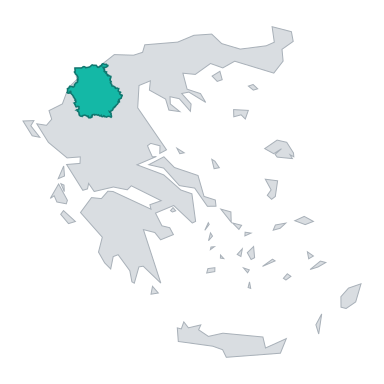 Dytikis Makedonias, Dytiki Makedonia, Greece (highlighted)
{"feature_id": "26713481B79624114853188", "entity_name": "Dytikis Makedonias", "entity_type": "district", "adm_level": 2, "iso_a3": "GRC", "parent_name": "Greece", "parent_adm1": "Dytiki Makedonia", "projection": "natural_earth1", "projection_center": [21.387, 40.387], "detail": "fine", "context": "in_parent", "style": "filled", "palette": "teal", "viewbox_px": 384, "rotation_deg": 0, "n_neighbors": 0, "source": "geoboundaries", "source_scale": "gbopen_adm2", "svg_char_len": 8651}
<svg xmlns="http://www.w3.org/2000/svg" viewBox="0 0 384 384"><path d="M272.1,26.7L291.4,31.7L293.2,41.4L282.0,49.3L283.1,61.1L273.8,73.1L234.7,61.2L222.8,67.9L210.5,63.5L195.3,74.4L182.9,73.2L187.1,89.2L200.5,93.6L205.7,102.4L188.9,92.1L181.7,93.5L191.1,104.0L190.4,111.3L179.3,98.7L170.0,96.7L170.3,104.0L179.8,111.6L168.9,110.1L165.6,99.1L149.4,90.1L150.4,80.8L139.0,85.5L137.7,107.8L166.5,149.8L159.8,153.4L160.0,145.8L150.7,143.4L147.5,145.7L149.3,150.1L152.4,156.9L156.4,156.5L137.0,164.8L163.8,174.9L180.8,190.0L191.9,193.8L195.6,221.4L192.3,223.0L173.7,205.5L155.5,213.1L161.9,225.8L169.7,227.7L173.4,234.6L160.6,239.8L154.8,232.5L143.4,229.6L160.8,283.1L143.2,266.2L138.9,266.9L134.3,283.2L131.9,281.8L129.8,270.7L118.1,254.7L113.2,256.6L110.7,269.0L104.6,262.8L98.5,252.1L102.3,237.2L80.5,212.5L91.5,197.6L101.4,198.6L107.9,191.2L113.0,191.5L151.0,209.2L149.9,204.7L161.2,200.7L131.3,185.8L127.3,189.8L113.4,187.0L94.2,191.5L88.6,183.4L87.5,188.9L82.8,190.3L66.6,164.5L80.0,163.4L80.3,156.9L67.1,157.9L48.4,142.4L36.8,123.8L46.5,125.3L51.7,119.2L49.0,110.6L62.4,103.9L68.3,87.9L77.0,79.3L74.4,68.2L98.1,67.3L114.3,54.6L133.6,55.2L142.6,52.3L144.8,44.8L177.7,42.1L193.9,35.3L211.7,34.1L221.7,43.6L240.2,49.1L266.2,45.8L274.3,42.2L272.1,26.7ZM188.4,327.8L200.8,324.9L198.6,329.8L208.4,336.4L222.9,333.2L262.9,337.0L265.5,348.0L286.3,338.6L280.4,353.2L226.3,357.3L222.6,349.7L212.8,346.2L178.3,341.5L177.3,327.9L181.3,328.9L183.8,321.9L188.4,327.8ZM163.9,156.8L174.4,167.5L198.0,175.5L204.0,196.4L215.3,200.0L216.0,206.2L207.4,206.3L194.7,188.1L179.4,185.6L163.7,168.1L148.8,164.7L163.9,156.8ZM286.7,142.3L293.5,153.0L293.8,156.8L290.0,154.7L292.4,158.6L277.2,157.1L275.1,154.4L281.5,148.7L273.7,153.7L264.7,148.6L277.1,140.1L286.7,142.3ZM346.1,308.5L341.0,307.2L340.9,296.7L348.5,288.1L361.0,283.8L355.7,301.9L346.1,308.5ZM275.3,196.5L271.6,199.3L267.3,195.3L271.1,189.9L265.3,179.2L277.6,180.8L275.3,196.5ZM58.6,184.0L67.4,200.3L66.3,203.8L56.9,202.0L54.2,195.8L50.3,198.4L58.6,184.0ZM39.8,137.3L32.2,135.8L23.0,121.0L33.9,120.6L30.8,125.8L39.8,137.3ZM248.3,110.4L245.3,119.0L241.1,114.8L233.8,116.8L233.6,109.6L248.3,110.4ZM304.2,216.4L313.4,221.4L305.2,224.6L294.8,220.7L304.2,216.4ZM222.2,79.7L217.2,81.4L212.1,76.1L219.9,71.3L222.2,79.7ZM63.5,210.6L75.4,221.5L68.5,223.6L60.7,214.3L63.5,210.6ZM254.6,257.7L251.1,259.5L247.3,252.7L253.6,246.5L254.6,257.7ZM230.9,211.9L231.2,222.2L220.8,209.1L230.9,211.9ZM321.7,313.9L318.7,334.0L315.9,324.8L321.7,313.9ZM64.5,176.0L58.2,178.7L63.7,166.0L64.5,176.0ZM158.3,293.0L151.0,294.2L152.5,286.3L158.3,293.0ZM310.1,269.5L320.4,261.1L325.8,262.5L318.0,267.0L310.1,269.5ZM273.2,230.2L275.4,225.0L285.8,223.1L280.1,228.3L273.2,230.2ZM242.3,248.8L240.9,256.5L237.2,254.4L242.3,248.8ZM241.6,225.3L238.9,229.4L232.6,223.0L241.6,225.3ZM219.3,167.7L214.1,168.7L211.8,159.3L214.9,161.2L219.3,167.7ZM257.7,88.8L253.3,90.1L248.4,86.1L253.1,84.5L257.7,88.8ZM214.9,267.7L214.8,271.6L206.7,273.0L207.9,268.6L214.9,267.7ZM275.1,260.9L262.5,266.4L272.5,259.2L275.1,260.9ZM209.2,224.4L204.8,230.3L208.3,222.7L209.2,224.4ZM251.0,233.1L244.9,235.9L245.1,232.2L251.0,233.1ZM290.9,276.4L285.9,280.0L283.4,278.3L287.3,273.8L290.9,276.4ZM313.4,256.0L308.7,258.8L307.4,251.8L313.4,256.0ZM212.5,236.1L208.5,240.7L210.5,232.9L212.5,236.1ZM64.0,185.1L64.3,191.6L60.9,183.7L64.0,185.1ZM249.3,269.9L247.6,272.8L243.5,267.9L249.3,269.9ZM184.2,152.8L179.8,153.7L176.9,148.2L184.2,152.8ZM175.7,210.8L172.4,212.0L170.5,210.6L173.0,207.6L175.7,210.8ZM214.4,246.7L210.4,249.6L211.0,247.0L214.4,246.7ZM249.5,281.9L250.7,288.4L248.1,287.5L249.5,281.9ZM223.8,258.6L220.4,258.1L220.5,255.0L223.8,258.6Z" fill="#d9dde1" stroke="#a8b0b8" stroke-width="1"/><path d="M106.3,64.3L106.2,64.4L105.9,64.3L105.2,64.5L104.7,64.3L104.3,64.3L103.9,64.1L103.7,64.0L103.1,63.7L102.4,63.9L102.2,64.1L102.0,64.3L101.8,64.5L101.6,65.0L101.8,65.4L101.8,65.7L101.8,65.9L101.3,65.8L101.1,65.7L100.8,65.8L100.4,65.9L100.4,66.0L100.2,66.4L99.9,66.4L99.6,66.6L99.4,66.8L99.2,66.8L99.0,67.2L98.9,67.3L98.6,67.3L98.0,67.4L97.9,67.4L97.7,67.3L97.7,67.2L97.6,66.9L97.2,66.7L96.9,66.2L96.6,65.9L96.4,65.5L96.2,65.3L95.9,65.4L94.8,65.2L93.8,65.5L92.9,65.0L92.3,64.9L91.9,65.0L90.0,66.7L89.6,66.9L89.1,67.1L88.7,67.2L88.3,67.2L87.9,67.4L86.9,67.5L86.5,67.5L86.2,67.6L85.9,67.8L85.6,67.6L85.4,67.4L85.3,67.2L85.2,67.1L84.9,66.9L84.7,66.8L84.1,66.6L83.9,66.6L83.7,66.6L83.5,66.8L83.3,66.9L82.7,67.0L82.4,67.4L81.7,67.9L81.3,68.0L80.4,68.0L75.0,68.0L75.2,70.7L75.2,71.0L75.0,71.5L74.9,71.6L74.4,72.0L74.8,72.5L75.1,72.5L75.2,72.9L75.2,73.2L75.2,73.5L75.3,73.8L76.2,74.4L76.8,75.1L77.3,75.8L77.6,76.6L77.9,77.0L78.0,77.1L77.8,78.5L77.9,78.8L77.9,79.1L78.0,79.6L77.8,79.6L77.5,79.7L77.7,80.3L77.6,80.6L77.3,80.8L77.6,81.5L77.6,81.9L77.4,82.0L77.4,82.3L77.1,82.6L76.9,82.6L76.7,82.5L76.1,82.7L76.0,82.9L75.8,83.1L75.7,83.3L75.7,83.6L75.4,83.8L74.9,84.1L74.6,84.3L74.4,84.8L74.4,85.0L74.6,85.3L74.6,85.8L74.4,85.9L74.2,86.0L74.1,86.3L73.9,86.8L73.7,86.9L73.0,87.1L72.9,87.1L72.6,86.8L72.4,86.6L72.2,86.4L71.8,86.5L71.1,86.5L70.8,86.7L70.5,86.6L70.4,86.5L70.3,86.4L70.1,86.3L69.8,86.2L69.7,86.3L69.4,86.7L69.3,87.0L69.2,87.4L69.1,87.7L68.9,88.1L68.7,88.2L68.2,88.3L67.8,88.5L67.5,88.7L67.5,88.8L67.4,88.9L67.5,89.0L67.7,89.5L67.5,90.1L67.6,90.5L67.7,90.8L67.7,91.0L67.6,91.3L67.7,91.9L67.6,92.0L67.4,92.2L67.1,92.5L67.6,93.0L68.6,93.2L69.7,93.0L69.8,92.0L70.1,91.7L70.2,91.3L70.7,91.3L70.9,92.2L70.9,93.4L71.8,94.3L72.6,95.1L72.9,95.7L73.4,96.2L73.4,96.9L74.1,97.4L74.5,98.7L75.1,99.0L75.4,99.4L75.4,99.7L75.0,100.2L75.2,100.3L75.6,100.2L75.7,100.3L75.7,101.4L75.9,101.6L75.9,102.1L74.8,102.6L74.5,103.0L74.1,103.1L74.7,103.7L74.7,104.2L75.3,104.7L75.4,105.1L75.3,105.5L75.7,106.0L75.7,106.3L76.0,106.6L76.1,106.9L77.1,106.8L77.8,106.3L78.6,106.5L79.1,106.9L78.8,108.0L78.8,108.6L79.0,108.8L78.8,109.0L78.4,109.7L78.2,109.9L78.0,110.0L77.7,109.9L77.4,109.6L77.1,109.5L76.6,109.9L76.9,109.9L76.8,110.1L77.1,110.2L77.5,110.6L77.6,110.9L77.5,111.2L77.7,111.3L78.1,111.7L78.5,111.8L78.7,112.1L79.0,112.7L78.9,113.3L79.3,114.0L79.1,114.4L79.5,114.8L79.6,115.3L79.5,115.5L80.8,116.2L81.0,116.1L81.4,116.1L82.1,116.5L82.8,115.5L83.4,115.6L83.8,115.4L84.1,115.1L84.5,115.1L85.1,115.2L85.5,115.3L85.8,115.6L86.4,115.6L87.3,116.5L87.7,116.4L88.1,116.0L88.3,116.1L88.3,117.1L88.8,117.8L89.0,117.9L89.7,117.5L90.0,117.4L90.2,117.5L90.3,117.8L90.7,117.8L90.8,117.7L90.9,117.2L91.4,117.3L92.1,116.9L91.9,116.5L92.2,115.8L91.8,115.8L91.7,115.7L91.9,115.4L92.3,115.1L92.4,114.7L92.6,114.7L93.0,114.8L93.2,114.6L93.7,114.5L94.2,114.4L94.4,114.7L94.6,115.0L95.0,114.7L95.7,114.8L96.1,114.5L96.5,114.7L97.4,115.1L98.0,115.1L98.4,114.8L99.3,115.7L99.5,115.7L99.9,116.0L100.3,116.0L100.5,115.8L100.9,115.8L101.1,115.5L101.3,116.1L101.8,116.3L101.9,116.6L102.1,116.7L103.0,116.6L103.7,115.8L103.9,116.0L104.4,116.0L104.7,116.3L104.7,116.7L105.1,116.7L105.5,116.6L106.2,116.9L106.2,117.0L106.5,117.1L108.1,116.3L109.7,116.5L110.3,116.9L111.1,116.9L111.2,117.1L111.5,116.8L111.5,116.3L111.3,115.8L111.4,115.5L111.2,114.8L110.8,114.3L111.1,113.8L111.1,113.3L110.4,112.4L109.7,112.3L109.4,111.6L109.8,111.8L110.1,111.8L111.0,111.2L111.2,110.5L112.0,110.5L112.7,109.9L112.7,109.7L113.0,109.3L113.1,108.2L114.5,107.5L114.5,107.3L114.3,106.9L114.4,106.7L114.7,106.6L115.2,106.6L115.5,106.5L115.5,105.9L115.9,105.4L116.2,105.3L117.0,104.4L117.5,104.1L117.9,103.2L118.6,102.5L118.0,101.7L118.2,101.3L118.6,100.9L119.1,101.5L119.4,101.6L119.4,100.9L119.1,100.4L118.6,99.9L118.7,99.6L119.1,99.3L119.8,99.1L120.2,98.7L121.2,98.2L121.4,97.4L121.7,96.6L121.7,96.2L121.9,95.8L122.2,95.7L122.2,95.3L121.8,94.9L120.9,95.0L120.5,94.4L119.8,94.1L119.6,93.8L119.6,93.5L119.7,93.0L120.6,92.4L120.5,92.1L119.5,92.2L118.9,91.5L118.4,91.3L118.2,91.1L118.2,90.4L118.6,89.7L118.5,89.3L118.7,88.6L118.1,88.6L117.4,88.1L116.6,88.2L115.9,88.4L115.5,88.4L115.3,88.1L115.7,87.8L115.1,87.1L114.5,87.0L114.0,86.4L113.4,86.1L113.1,86.2L112.4,86.0L112.0,86.0L111.8,85.8L111.9,85.4L111.7,84.3L111.4,84.2L111.1,83.7L110.6,83.2L110.5,82.7L110.4,82.5L110.7,82.2L111.3,81.9L111.2,81.6L110.6,80.9L110.3,80.8L110.1,80.6L110.3,79.8L110.2,79.5L110.0,79.3L110.2,79.0L110.1,78.4L110.8,77.9L110.9,76.4L109.5,76.0L109.1,75.7L108.6,75.1L108.3,75.2L108.2,75.7L107.9,75.6L107.6,75.7L107.3,75.3L107.4,75.0L107.3,74.3L106.0,73.4L106.6,72.0L105.7,71.7L105.3,71.8L105.1,71.7L104.8,71.9L104.2,71.4L104.6,70.9L104.3,70.4L104.6,70.0L104.6,69.8L104.3,69.3L103.9,69.1L103.8,68.7L103.5,68.4L103.1,67.5L103.6,67.3L104.2,67.4L104.2,67.5L104.1,67.8L104.3,68.0L104.6,67.7L105.0,67.6L105.1,67.4L105.9,67.3L106.3,67.0L106.9,66.8L107.1,66.4L107.9,65.9L107.9,65.5L107.5,65.5L107.2,65.3L106.7,64.6L106.3,64.3Z" fill="#14b8a6" stroke="#0f766e" stroke-width="1.5"/></svg>